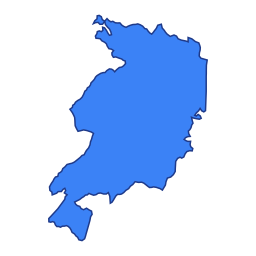 outline of Eugênio de Castro, Rio Grande do Sul, Brazil
{"feature_id": "56859067B78433093473596", "entity_name": "Eugênio de Castro", "entity_type": "district", "adm_level": 2, "iso_a3": "BRA", "parent_name": "Brazil", "parent_adm1": "Rio Grande do Sul", "projection": "natural_earth1", "projection_center": [-54.267, -28.578], "detail": "fine", "context": "isolated", "style": "filled", "palette": "blue", "viewbox_px": 256, "rotation_deg": 0, "n_neighbors": 0, "source": "geoboundaries", "source_scale": "gbopen_adm2", "svg_char_len": 3704}
<svg xmlns="http://www.w3.org/2000/svg" viewBox="0 0 256 256"><path d="M207.2,60.0L200.9,58.2L199.2,56.0L199.4,52.8L200.1,50.2L200.3,47.5L199.7,45.3L198.8,42.9L195.4,41.6L191.8,38.8L188.1,37.5L188.1,41.8L186.1,41.1L183.8,40.6L181.3,40.1L178.1,38.8L176.5,36.1L174.0,35.0L170.2,36.4L167.0,34.0L165.4,32.1L164.3,30.4L162.2,28.0L161.3,24.2L157.8,25.2L156.3,28.4L154.4,30.8L153.2,32.5L151.7,34.1L149.8,33.0L148.1,31.1L146.7,29.0L144.8,28.6L142.7,26.2L140.3,24.8L137.8,23.9L135.5,24.4L133.0,24.5L130.3,25.3L128.1,26.2L126.1,27.3L123.9,26.5L121.9,25.2L119.9,22.9L117.7,23.0L115.3,22.8L112.8,21.3L110.9,21.8L108.9,20.6L107.0,18.6L104.7,21.2L105.4,24.5L107.7,27.3L109.5,29.1L110.8,31.8L111.5,34.7L109.5,35.3L108.2,33.6L106.3,30.2L104.5,27.8L102.6,27.2L102.9,30.3L101.3,31.7L99.3,30.9L97.3,31.6L96.9,33.7L95.4,36.1L96.0,38.3L97.9,38.4L100.3,38.8L101.7,40.7L104.7,42.3L106.4,43.8L107.2,46.0L108.9,48.7L111.5,49.2L113.6,50.6L111.9,52.8L112.0,55.0L113.4,57.3L115.8,56.9L119.2,58.2L121.7,59.0L123.2,60.3L125.2,61.0L125.5,63.6L123.6,65.8L121.7,67.1L119.3,67.5L116.5,69.8L114.7,71.8L113.4,70.3L111.7,69.2L109.4,68.9L106.8,70.6L105.1,72.5L103.2,72.6L100.8,73.3L98.6,74.6L97.0,75.6L95.6,77.0L94.3,79.4L92.4,81.5L91.0,82.9L90.4,85.0L89.1,86.8L87.4,87.8L86.5,89.9L84.9,91.1L83.6,94.4L82.1,97.2L80.1,99.2L77.7,100.5L75.5,102.2L74.4,104.2L72.7,105.3L72.4,107.4L69.9,109.2L71.2,111.0L72.5,112.9L73.7,115.3L74.6,117.3L74.9,120.0L75.0,122.7L75.2,125.8L76.5,128.6L78.0,131.3L80.7,130.7L83.6,129.9L87.0,130.6L91.3,132.0L93.5,133.4L92.4,136.1L91.6,139.1L90.5,141.8L90.0,144.8L88.6,147.9L86.4,150.5L85.2,152.6L84.2,154.7L82.0,155.5L80.1,157.5L77.5,159.6L74.5,162.0L72.1,163.2L69.9,163.7L67.0,164.5L65.0,166.8L62.8,168.6L61.9,170.9L60.5,172.3L58.5,173.4L57.8,176.4L55.5,177.0L54.1,178.8L53.0,181.1L51.3,183.5L49.5,186.9L49.9,190.4L51.9,192.1L52.2,194.9L56.6,193.2L58.2,191.6L61.4,191.5L63.0,189.4L64.8,188.3L65.7,190.6L64.3,192.9L67.1,194.8L65.2,196.8L64.8,199.3L57.8,208.8L50.9,216.3L48.8,218.5L48.9,221.8L50.8,222.2L52.6,221.6L54.4,222.3L55.4,224.9L56.8,226.5L58.7,226.5L60.5,227.2L62.3,226.2L64.6,226.1L66.4,225.6L68.2,226.4L69.9,228.0L71.0,229.8L72.1,232.4L74.5,233.9L76.0,236.0L77.6,237.2L78.9,239.8L82.0,240.6L84.6,238.8L85.4,236.5L86.0,234.2L89.1,223.3L89.9,220.4L90.6,216.7L92.1,214.3L91.5,211.1L89.1,209.9L86.5,208.2L83.6,209.7L81.1,208.6L79.8,206.4L77.3,205.6L75.7,204.2L74.6,202.0L77.3,200.7L79.7,199.5L81.8,197.8L83.8,196.6L85.4,195.1L87.3,194.9L88.9,193.4L91.1,194.3L93.6,195.2L96.0,194.7L98.1,193.3L100.5,193.0L103.7,194.0L106.3,194.0L108.3,192.6L109.8,196.2L110.3,203.2L112.0,202.2L113.4,200.1L114.5,198.2L115.8,196.0L117.5,194.4L119.8,194.4L121.6,194.0L123.7,192.6L125.9,190.3L128.6,188.7L130.4,186.2L132.8,184.5L135.1,181.7L138.5,182.4L141.7,182.2L143.8,183.1L145.5,184.4L147.7,186.2L149.5,187.5L151.5,187.4L153.5,186.9L156.2,187.3L160.1,188.6L162.4,190.1L165.4,185.1L166.0,181.7L167.4,178.1L170.8,177.0L173.4,174.6L175.2,171.5L175.3,168.2L175.5,165.0L175.7,161.4L177.6,158.4L180.0,157.2L181.7,158.1L183.8,157.0L185.1,153.9L186.8,151.6L189.6,150.7L192.2,150.9L192.8,148.5L190.7,146.7L190.1,144.5L190.6,141.3L187.8,141.4L186.0,140.7L184.1,139.4L185.5,137.7L187.8,136.6L190.2,136.4L188.7,133.6L188.4,131.0L189.9,129.6L191.0,127.7L191.8,124.8L193.0,123.2L192.2,120.4L191.5,117.3L194.0,118.2L196.9,118.8L199.4,119.2L201.2,118.3L200.3,116.0L198.1,114.4L196.4,116.0L194.7,115.3L196.5,112.7L198.6,110.8L200.1,108.4L201.7,110.8L203.8,111.9L205.5,110.7L206.2,91.3L206.2,85.9L206.2,76.2L206.3,73.6L206.3,70.4L206.4,65.2L207.2,60.0ZM104.7,21.2L102.3,19.6L101.3,16.7L99.2,15.4L97.2,15.8L97.0,18.9L94.8,20.7L93.4,23.6L95.6,22.6L98.1,22.4L99.9,24.3L102.6,24.2L104.7,21.2Z" fill="#3b82f6" stroke="#1e3a8a" stroke-width="1.5"/></svg>